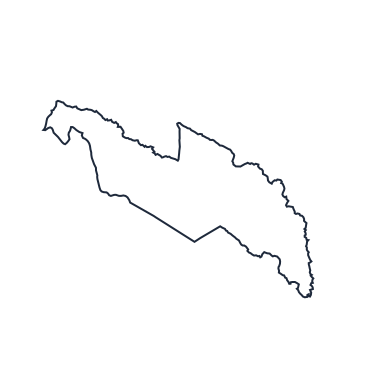 Vila Boa, Goiás, Brazil, rotated 141°
{"feature_id": "56859067B63522642700520", "entity_name": "Vila Boa", "entity_type": "district", "adm_level": 2, "iso_a3": "BRA", "parent_name": "Brazil", "parent_adm1": "Goiás", "projection": "robinson", "projection_center": [-47.073, -14.994], "detail": "fine", "context": "isolated", "style": "outline", "palette": "slate", "viewbox_px": 384, "rotation_deg": 141, "n_neighbors": 0, "source": "geoboundaries", "source_scale": "gbopen_adm2", "svg_char_len": 4795}
<svg xmlns="http://www.w3.org/2000/svg" viewBox="0 0 384 384"><g transform="rotate(141 192 192)"><path d="M246.7,222.7L236.8,197.4L236.1,195.1L232.3,183.9L224.8,161.7L221.4,151.7L214.5,151.0L191.7,147.6L190.9,145.2L189.6,142.6L189.9,140.7L189.2,139.6L189.5,137.8L188.3,135.2L187.9,132.8L187.1,129.5L187.0,127.9L186.0,124.8L186.4,122.8L186.7,121.4L186.8,119.9L186.2,118.4L185.1,117.6L184.4,115.6L184.5,112.0L186.0,111.4L185.8,109.1L185.0,107.7L184.5,105.5L183.8,103.6L182.0,102.4L181.1,100.5L179.9,99.9L180.1,98.3L178.7,98.1L176.5,99.4L173.7,99.8L173.0,98.5L172.1,97.0L170.4,95.3L170.1,92.5L169.7,91.1L168.2,90.6L167.4,89.6L166.4,88.2L166.2,84.5L167.2,82.6L168.8,80.9L170.8,79.6L172.0,79.2L173.1,78.0L173.9,76.0L175.2,74.7L174.5,72.7L173.8,70.2L172.9,69.2L173.5,66.8L172.8,65.6L173.6,63.5L173.6,61.6L174.2,59.5L173.2,58.7L172.1,59.7L170.8,59.0L168.6,57.2L167.7,55.0L167.1,53.0L168.4,52.0L170.1,50.7L171.4,50.8L171.2,48.9L171.9,47.0L171.9,44.9L171.6,42.9L171.6,41.0L170.6,39.2L168.4,37.9L167.1,39.4L165.7,39.1L166.8,37.9L166.1,36.5L164.4,37.2L162.7,38.8L161.9,41.6L159.1,40.5L158.2,42.0L158.0,43.6L158.4,45.2L156.6,46.1L155.3,45.4L154.8,47.0L153.4,48.1L152.1,48.5L152.4,50.5L152.4,52.2L151.1,52.2L151.6,53.7L151.0,55.5L149.4,56.7L148.5,58.7L147.5,60.6L146.8,62.2L146.0,63.3L144.5,62.9L142.9,62.9L142.9,64.5L142.5,66.3L141.5,69.8L140.3,71.3L139.2,71.7L139.3,73.3L139.1,74.9L137.6,76.7L137.5,78.1L136.1,78.8L133.7,81.1L131.9,81.4L133.0,82.7L132.1,84.5L132.7,86.2L131.8,87.3L130.5,87.2L129.6,88.5L129.2,90.4L127.5,90.8L127.9,92.5L126.2,92.6L123.8,94.8L122.6,95.8L122.9,97.5L123.1,99.1L121.9,100.4L121.3,102.3L121.5,104.3L122.7,105.7L122.3,107.3L123.5,108.9L125.0,109.5L125.5,110.9L124.5,112.1L123.9,114.6L123.1,116.9L125.9,120.1L127.5,120.9L127.2,122.6L124.7,123.8L122.7,124.4L123.0,127.0L121.7,129.1L123.3,129.6L123.7,131.6L123.3,133.2L121.8,134.3L119.4,135.4L118.0,136.5L117.3,138.0L116.7,140.1L116.4,141.6L117.1,142.8L115.7,143.5L115.6,145.5L117.8,148.0L119.2,147.8L120.4,149.1L123.2,149.1L124.8,148.3L125.8,150.9L125.7,153.1L124.3,155.3L123.7,156.5L124.3,158.7L125.5,161.3L124.6,162.6L123.6,163.9L123.5,165.8L124.5,167.4L124.6,170.2L123.1,171.5L124.7,173.8L126.6,174.2L127.1,176.1L127.9,177.1L129.2,177.2L130.4,179.7L131.6,179.9L133.4,180.5L138.3,181.3L139.7,182.5L141.8,184.3L142.5,187.3L141.5,189.0L141.3,190.5L138.0,192.4L136.2,193.8L135.7,195.3L136.1,197.1L135.7,199.4L135.7,200.9L136.6,202.4L138.0,205.8L138.8,207.8L139.6,209.2L141.1,210.7L141.4,213.2L142.1,215.3L142.5,218.1L143.1,219.5L144.2,220.2L145.3,221.4L145.4,222.9L146.6,225.1L147.6,227.7L148.5,229.1L147.9,230.6L149.2,232.1L151.0,233.0L152.0,236.7L152.6,238.1L153.7,240.6L153.7,242.5L155.3,244.4L155.8,246.1L157.1,248.6L157.7,250.9L158.0,253.2L159.0,254.2L160.5,254.4L161.2,253.2L161.9,248.8L163.5,247.0L165.7,244.2L167.8,241.5L169.2,240.2L173.0,234.8L175.8,232.1L177.7,230.1L182.0,225.8L183.3,225.3L184.3,228.0L185.8,230.2L186.9,231.8L187.4,233.8L189.0,234.7L189.6,236.2L191.3,236.9L192.6,237.2L193.7,237.7L193.7,240.0L194.3,241.6L194.9,243.3L196.9,243.8L196.7,245.6L197.3,247.0L195.9,246.9L195.9,250.7L194.1,251.1L195.5,253.6L197.2,254.1L198.7,255.2L199.2,257.2L200.4,257.0L200.8,259.8L202.2,260.5L202.6,263.3L201.6,266.3L202.7,267.2L204.1,267.8L205.6,269.6L206.2,271.4L207.4,272.6L207.7,274.1L209.0,275.1L209.8,276.3L210.7,278.8L209.3,281.0L207.8,281.1L207.0,282.6L206.7,285.1L206.5,287.7L207.6,288.4L208.7,289.3L207.4,290.2L206.8,291.4L207.3,292.9L207.2,294.3L209.0,294.7L209.9,296.8L209.4,299.0L211.4,299.8L212.5,300.6L212.2,302.0L214.0,302.4L214.2,304.4L214.7,305.7L214.3,307.5L214.5,309.3L214.9,311.3L215.2,312.9L215.4,315.2L217.0,315.2L217.7,316.7L218.2,318.3L218.9,319.5L220.9,321.5L221.3,322.8L224.3,324.0L226.5,325.3L228.5,329.2L228.2,331.3L229.6,332.2L231.6,332.8L233.2,335.7L234.6,336.9L235.4,338.7L235.7,340.9L235.7,342.5L236.7,343.7L237.5,345.3L238.8,347.2L240.5,347.5L242.3,345.6L243.7,344.3L246.5,343.5L248.1,342.9L250.0,343.7L250.7,342.1L252.5,341.1L253.8,341.1L256.3,340.9L258.3,340.3L260.1,338.9L262.4,336.9L264.5,335.3L266.7,334.0L268.4,333.7L267.1,332.4L263.5,332.2L261.5,331.5L260.8,329.9L261.0,328.2L262.2,325.1L261.5,319.1L261.6,312.6L261.3,310.4L260.5,309.0L258.6,309.0L256.4,309.4L254.0,310.1L252.9,312.1L252.0,314.2L250.3,315.7L248.8,316.1L247.7,316.7L246.3,317.7L245.1,318.6L243.9,317.6L243.3,315.7L242.9,312.9L241.8,309.5L240.0,306.7L242.0,305.3L242.7,302.6L241.8,301.0L241.3,299.4L241.0,297.1L241.3,294.5L242.3,292.0L244.1,289.0L245.4,286.2L246.9,284.2L248.4,281.5L250.6,275.2L251.4,271.3L253.0,269.2L255.1,264.5L256.2,263.4L257.4,261.5L261.1,253.6L262.0,251.1L261.9,249.3L260.8,247.5L258.6,245.4L258.2,243.6L258.4,241.6L257.5,240.0L254.4,238.8L252.9,237.7L251.3,235.1L249.7,233.7L247.5,232.5L246.1,230.7L245.5,228.4L245.9,225.0L246.7,222.7Z" fill="none" stroke="#1e293b" stroke-width="2"/></g></svg>